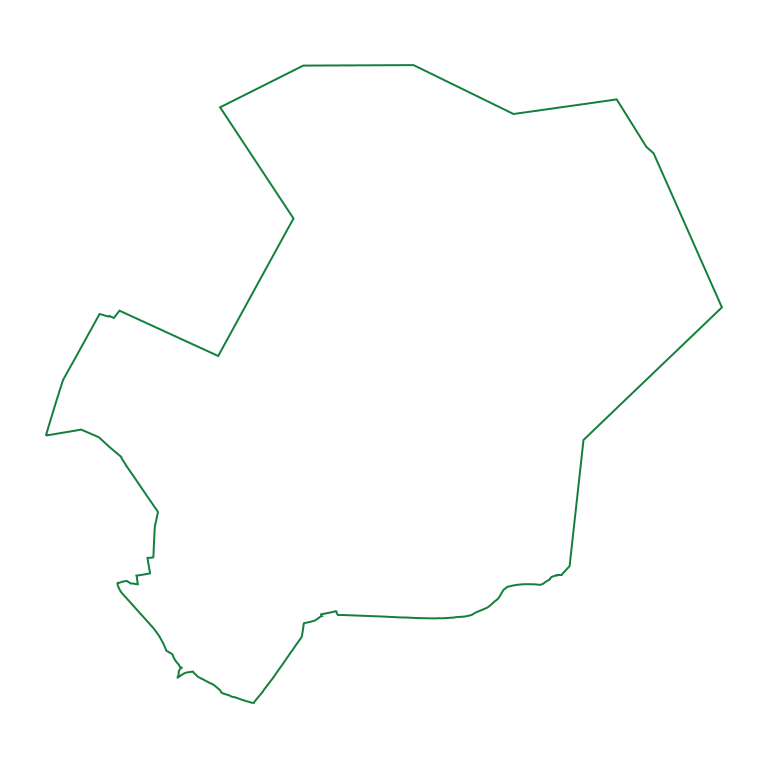 the district of Hollands Kroon, Noord-Holland, Netherlands
{"feature_id": "6326949B67120856251926", "entity_name": "Hollands Kroon", "entity_type": "district", "adm_level": 2, "iso_a3": "NLD", "parent_name": "Netherlands", "parent_adm1": "Noord-Holland", "projection": "robinson", "projection_center": [4.878, 52.876], "detail": "fine", "context": "isolated", "style": "outline", "palette": "green", "viewbox_px": 768, "rotation_deg": 0, "n_neighbors": 0, "source": "geoboundaries", "source_scale": "gbopen_adm2", "svg_char_len": 5891}
<svg xmlns="http://www.w3.org/2000/svg" viewBox="0 0 768 768"><path d="M616.7,99.4L513.5,114.0L413.5,65.1L303.2,65.6L220.1,107.3L256.2,162.0L293.5,218.5L288.8,227.0L265.6,269.3L218.2,356.0L119.5,310.7L113.8,318.0L109.7,316.0L109.3,316.5L109.1,316.6L108.8,316.6L107.7,316.2L105.8,315.8L105.2,315.7L104.8,315.6L104.1,315.3L103.1,314.9L102.4,314.7L101.6,314.5L101.2,314.4L100.9,314.4L99.6,314.0L99.1,314.8L96.4,319.7L92.6,326.7L90.5,330.5L88.8,333.4L87.1,336.6L85.4,339.7L83.4,343.3L74.6,359.3L69.5,368.3L63.0,380.1L61.0,386.4L59.9,389.7L58.1,395.7L57.3,397.9L55.8,402.9L55.1,405.1L52.1,415.0L50.6,419.8L49.7,422.9L49.1,424.8L46.1,434.8L47.4,434.9L47.3,435.3L71.9,431.2L81.2,429.6L98.8,437.2L106.3,444.1L107.7,445.3L109.9,447.4L112.2,449.3L121.3,457.0L121.4,457.6L121.5,458.0L121.9,458.7L122.0,458.8L122.5,459.7L123.1,460.5L123.3,460.9L126.2,465.4L126.0,465.5L126.4,466.1L127.3,467.2L136.1,479.9L136.1,480.0L136.3,480.3L142.4,489.2L146.5,495.3L150.5,501.1L151.6,502.6L153.8,505.9L156.3,509.4L158.1,512.0L158.3,512.1L157.9,512.1L157.9,512.6L157.7,513.0L157.7,513.3L157.6,513.7L156.9,516.9L156.3,519.7L156.1,521.1L155.8,521.9L155.6,522.8L155.7,523.1L155.5,523.9L155.4,524.0L155.3,524.4L155.3,524.7L155.1,525.0L154.9,526.1L154.8,527.2L154.7,528.6L154.4,534.2L154.3,536.8L154.2,538.7L154.1,541.3L154.0,543.0L153.9,545.1L153.8,545.7L153.8,548.0L153.7,549.9L153.6,551.1L153.6,551.7L153.6,553.3L153.5,554.1L153.4,556.0L153.4,556.6L153.4,556.9L153.3,557.3L152.5,557.5L150.8,557.7L148.6,557.9L148.4,557.9L147.6,557.8L147.6,558.5L147.7,559.6L147.8,560.0L148.0,560.5L148.0,561.1L148.0,561.4L148.2,562.6L148.3,563.1L148.5,564.2L148.6,565.0L148.9,566.0L148.9,566.5L149.0,567.1L149.1,567.6L149.2,567.8L149.2,568.5L149.4,569.7L149.8,571.3L149.9,572.2L150.0,572.8L150.0,573.2L150.0,573.4L149.4,573.4L147.3,573.9L144.7,574.3L142.3,574.8L141.8,574.9L141.0,574.9L140.3,575.0L139.5,575.2L138.9,575.3L137.9,575.5L136.4,575.6L136.8,576.9L137.0,577.8L137.0,578.4L137.1,579.1L137.8,584.2L134.9,584.0L134.0,583.6L133.8,583.5L133.4,583.5L130.7,583.5L130.6,583.4L129.4,582.6L127.2,581.2L126.8,580.9L126.6,581.0L125.9,581.0L124.7,581.3L123.8,581.5L123.2,581.7L122.2,581.7L121.9,581.7L121.6,581.8L121.3,582.0L120.8,582.3L119.9,582.5L119.0,582.9L118.7,583.0L118.3,583.0L117.6,582.9L117.4,582.8L117.2,582.9L117.3,582.9L117.6,584.3L118.0,585.9L118.6,587.5L119.4,589.2L119.6,589.6L120.3,590.8L121.3,592.3L122.5,593.8L123.6,595.0L125.2,596.8L126.3,597.9L127.5,599.3L129.3,601.3L138.0,611.0L140.7,614.1L140.8,614.1L148.4,622.5L149.3,623.5L149.5,623.7L149.5,623.8L151.9,626.5L152.0,626.5L153.5,628.2L153.9,628.8L154.4,629.5L154.7,629.8L156.0,631.5L158.6,635.2L158.9,635.6L159.4,636.4L159.5,636.7L159.6,636.8L159.9,637.3L161.7,640.5L162.1,641.1L162.4,641.9L162.8,642.5L163.7,644.4L164.4,645.9L164.6,646.6L165.4,648.3L166.3,650.4L166.4,650.7L169.7,652.7L170.0,652.8L170.8,653.2L171.8,654.0L172.1,654.2L172.3,654.3L172.5,654.6L172.7,655.0L173.3,656.5L173.6,657.4L174.3,658.7L175.2,660.2L176.0,661.4L176.9,662.5L177.9,663.6L178.6,664.5L179.1,665.4L179.5,666.4L179.6,666.5L180.1,666.9L180.4,667.1L181.1,667.3L181.4,667.5L181.7,667.8L180.8,668.4L180.0,668.9L179.8,669.3L179.7,669.6L179.1,670.7L178.7,671.5L178.6,672.4L178.6,672.6L178.7,673.4L178.7,673.7L178.7,674.0L178.7,674.4L178.4,675.5L177.8,676.6L177.7,676.9L177.7,677.4L178.8,676.9L181.2,675.2L181.7,675.0L183.2,673.9L183.7,673.6L184.8,673.1L186.0,672.7L187.1,672.4L193.1,671.6L193.4,672.3L193.9,672.9L195.3,674.3L195.9,674.7L196.1,674.8L196.6,675.5L197.0,676.0L197.7,676.6L202.5,679.2L204.1,679.9L205.4,680.7L210.0,683.1L211.7,683.8L213.5,684.8L213.8,684.9L216.2,686.9L218.8,689.1L220.1,690.3L220.3,690.6L220.4,690.8L221.6,692.7L221.8,692.9L222.2,693.1L222.5,693.2L223.0,693.4L225.1,694.1L229.6,695.5L230.8,696.2L231.6,696.6L232.3,696.8L233.1,697.0L234.2,697.1L234.6,697.2L234.8,697.2L238.8,698.6L240.6,699.3L241.7,699.7L245.5,700.9L249.7,702.1L250.5,702.3L250.9,702.5L251.3,702.7L253.9,702.9L254.0,702.6L254.2,702.2L255.3,700.7L259.7,695.4L262.5,692.0L263.1,691.2L263.3,690.9L263.4,690.7L263.6,690.3L264.7,688.8L266.2,686.9L267.2,685.5L268.9,683.3L270.6,681.1L272.7,678.4L273.4,677.4L277.2,671.9L277.6,671.3L281.1,666.4L285.3,660.4L287.3,657.4L288.3,656.1L291.1,651.9L292.4,650.3L292.8,649.7L293.1,649.3L293.6,648.4L294.0,648.1L294.7,646.8L295.0,646.5L295.7,645.4L295.8,645.2L296.6,644.1L297.0,643.6L297.3,643.2L297.8,642.5L298.0,642.2L299.1,640.6L300.2,639.1L301.6,637.0L301.7,636.8L302.0,636.1L302.2,633.9L302.5,632.6L302.8,630.3L303.0,629.0L303.5,625.9L303.6,624.9L303.7,624.2L303.9,623.3L304.1,623.2L304.3,623.1L305.4,622.9L306.0,622.8L310.9,621.7L312.7,621.1L314.0,620.8L315.1,620.4L319.6,617.3L321.0,616.3L321.4,616.0L321.5,616.0L321.3,615.8L321.1,614.3L321.8,614.2L322.2,614.4L322.4,614.3L322.4,614.2L322.7,614.0L322.8,613.9L323.1,613.9L323.5,613.9L324.1,613.8L326.8,613.2L329.4,612.7L330.7,612.5L331.6,612.2L335.9,611.2L336.5,611.6L336.8,613.6L338.1,615.0L341.1,615.1L341.9,615.0L342.4,615.0L384.2,616.6L399.8,617.4L404.2,617.5L407.0,617.5L413.0,617.9L422.9,618.2L435.7,618.4L438.5,618.2L442.0,618.3L448.7,617.9L453.0,617.6L455.2,617.3L457.3,617.0L459.7,616.9L461.8,616.8L462.8,616.7L463.9,616.6L466.0,616.3L470.4,615.3L471.1,615.1L471.7,614.9L472.3,614.6L475.4,612.7L476.2,612.3L477.0,611.9L477.8,611.6L481.8,610.0L485.9,608.2L487.0,607.7L488.0,607.1L489.0,606.4L489.9,605.7L495.0,601.1L496.6,600.0L497.4,599.2L498.3,598.3L498.9,597.5L499.6,596.5L501.9,592.5L503.6,589.7L505.5,588.4L507.0,587.0L510.3,586.2L512.6,585.6L516.6,584.9L521.3,584.4L525.2,584.2L527.5,584.2L534.1,584.3L536.3,584.5L540.2,584.8L541.9,584.3L542.2,584.2L543.1,583.7L546.5,581.3L547.7,580.6L549.0,580.0L549.6,579.5L550.2,578.5L550.9,577.6L551.6,576.9L552.1,576.7L554.1,576.1L556.4,575.1L556.8,575.6L557.6,575.0L560.6,575.0L561.5,575.0L561.5,574.9L569.6,566.1L583.5,440.0L618.8,406.1L721.9,307.4L680.6,214.1L653.6,153.3L646.4,146.9L616.7,99.4Z" fill="none" stroke="#15803d" stroke-width="2"/></svg>